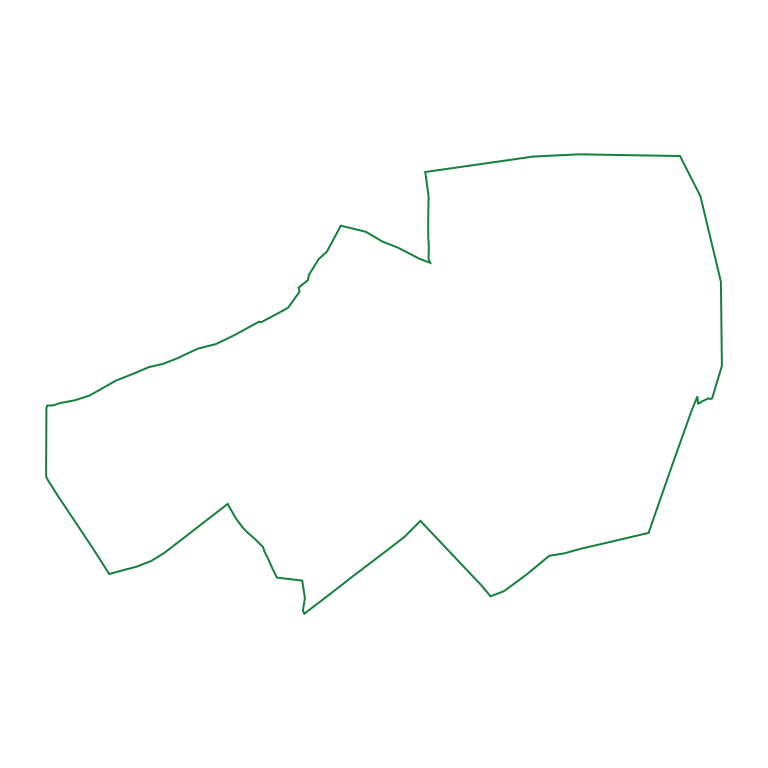 San Andrés Dinicuiti, Oaxaca, Mexico (orthographic projection)
{"feature_id": "50627088B73499438773717", "entity_name": "San Andrés Dinicuiti", "entity_type": "district", "adm_level": 2, "iso_a3": "MEX", "parent_name": "Mexico", "parent_adm1": "Oaxaca", "projection": "orthographic", "projection_center": [-97.707, 17.699], "detail": "fine", "context": "isolated", "style": "outline", "palette": "green", "viewbox_px": 768, "rotation_deg": 0, "n_neighbors": 0, "source": "geoboundaries", "source_scale": "gbopen_adm2", "svg_char_len": 1446}
<svg xmlns="http://www.w3.org/2000/svg" viewBox="0 0 768 768"><path d="M425.2,172.0L425.8,175.8L428.6,196.5L428.2,219.0L428.2,236.7L428.7,243.5L428.8,250.7L428.7,252.6L428.5,257.4L428.7,259.2L430.2,262.8L419.7,258.9L397.6,247.5L382.5,241.6L365.8,231.8L340.8,225.7L326.9,251.6L318.8,259.0L308.7,275.2L308.1,280.0L298.6,287.6L299.6,291.6L288.1,307.7L285.5,309.2L261.1,322.3L259.0,321.7L234.1,335.3L215.9,344.1L209.0,345.8L197.7,348.7L184.4,354.9L177.7,358.1L163.5,363.7L148.3,367.3L136.4,372.5L115.9,380.6L89.6,395.5L74.7,400.3L60.6,403.0L52.9,405.4L47.2,405.6L46.4,408.2L46.1,476.5L47.8,479.8L48.0,480.3L49.2,482.2L53.6,489.2L56.7,494.1L92.4,547.6L109.2,574.0L124.2,569.9L128.1,568.9L136.6,566.7L146.5,562.8L151.1,561.0L164.0,553.1L183.0,538.5L192.5,531.1L201.0,524.5L218.0,511.4L227.7,503.9L235.4,517.7L242.8,527.7L247.3,532.4L256.0,540.0L263.0,547.0L264.6,551.8L268.2,559.0L270.2,563.4L271.3,565.9L272.4,568.4L276.9,577.6L302.2,580.6L304.9,598.1L302.9,610.6L304.3,613.7L315.4,605.2L333.3,591.5L347.3,580.6L352.7,576.4L386.8,550.5L402.8,538.1L405.4,536.0L420.4,520.9L481.8,585.8L490.5,596.3L503.9,591.2L526.1,574.9L549.4,555.7L564.2,553.4L579.8,549.0L648.6,532.9L657.4,507.5L672.2,465.1L691.1,412.0L697.4,396.4L698.0,403.4L698.9,403.5L701.9,401.5L708.2,398.4L710.1,399.1L712.1,398.4L715.0,388.9L721.9,365.8L720.9,281.7L700.4,196.2L680.0,156.0L623.6,155.1L579.7,154.3L532.8,156.6L425.2,172.0Z" fill="none" stroke="#15803d" stroke-width="2"/></svg>